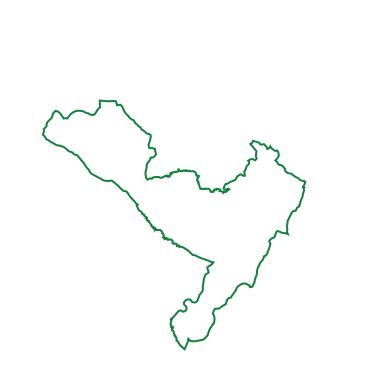 the district of Avrig, Sibiu, Romania, rotated 152°
{"feature_id": "2599482B88876011644537", "entity_name": "Avrig", "entity_type": "district", "adm_level": 2, "iso_a3": "ROU", "parent_name": "Romania", "parent_adm1": "Sibiu", "projection": "natural_earth1", "projection_center": [24.412, 45.689], "detail": "fine", "context": "isolated", "style": "outline", "palette": "green", "viewbox_px": 384, "rotation_deg": 152, "n_neighbors": 0, "source": "geoboundaries", "source_scale": "gbopen_adm2", "svg_char_len": 6027}
<svg xmlns="http://www.w3.org/2000/svg" viewBox="0 0 384 384"><g transform="rotate(152 192 192)"><path d="M296.7,312.7L295.9,310.1L295.7,306.6L294.5,305.3L292.8,301.8L291.9,300.9L289.9,297.4L288.1,295.6L286.9,295.1L284.4,292.2L283.4,290.7L281.7,286.0L278.8,282.7L278.7,280.9L275.9,278.2L275.9,276.3L275.4,275.5L275.1,272.9L274.1,269.5L273.5,262.8L272.8,260.7L272.6,256.6L272.2,255.3L264.3,243.4L262.0,241.7L257.4,239.7L254.2,232.0L253.7,229.7L251.8,224.9L250.2,223.8L249.5,222.7L248.7,216.0L248.1,214.7L248.2,213.6L247.4,212.1L246.6,207.5L245.8,206.5L246.3,206.1L247.2,206.0L247.5,200.9L246.1,198.3L245.8,196.9L246.3,196.0L244.8,194.3L245.4,193.7L245.0,192.4L243.9,190.8L244.2,190.4L244.7,190.3L244.1,189.7L245.0,188.6L245.0,188.1L243.9,186.9L244.1,186.6L243.7,186.3L244.2,185.7L243.5,184.0L243.7,183.0L243.2,181.9L243.9,181.0L243.5,180.2L242.7,179.7L242.8,179.2L242.5,179.0L243.1,178.2L242.8,177.9L242.8,177.4L242.6,177.4L242.8,177.2L242.6,176.8L241.5,176.9L241.4,176.3L241.8,175.9L241.4,176.0L240.7,175.2L241.1,175.1L241.0,174.8L237.9,173.4L237.1,171.1L237.2,169.8L237.7,169.4L237.2,168.4L237.1,167.1L238.9,165.4L238.6,164.5L237.3,164.4L237.0,164.1L237.8,163.8L238.1,163.1L235.3,162.3L235.7,161.0L233.0,160.2L232.1,158.4L232.1,157.9L232.3,157.2L233.0,156.8L233.2,155.8L232.1,154.6L231.4,154.6L230.1,153.7L230.6,151.6L230.0,151.7L229.1,151.2L229.3,150.5L228.5,150.4L228.7,149.2L227.5,148.9L225.9,147.4L223.2,142.6L221.0,136.2L219.0,134.6L215.4,129.7L209.4,123.4L207.1,119.9L206.4,120.4L206.1,120.0L209.0,118.6L212.2,118.6L213.8,118.1L214.2,117.7L215.0,113.2L216.2,112.8L218.0,113.0L219.6,112.2L221.9,110.1L223.3,108.3L226.4,104.1L228.6,100.3L229.6,99.3L233.6,97.6L238.1,93.5L240.2,93.0L241.7,93.2L243.6,94.9L244.1,98.0L246.6,99.3L248.3,99.3L250.9,98.4L251.3,97.6L251.8,96.1L251.1,93.8L251.1,92.7L251.7,91.3L253.3,90.2L255.5,90.2L256.4,90.8L257.0,92.3L257.6,92.8L259.7,93.2L267.7,90.1L270.4,89.7L270.7,89.0L270.0,88.8L270.8,88.3L271.2,87.3L272.8,85.8L273.1,85.0L273.1,84.2L272.8,83.9L273.1,83.1L272.9,82.4L273.1,82.4L272.6,81.9L273.3,81.8L273.0,81.3L273.4,81.3L273.2,80.7L274.2,80.4L274.5,79.2L273.9,78.4L273.9,76.3L274.4,75.6L274.3,74.3L274.7,73.8L274.8,72.9L274.2,72.6L274.4,71.8L274.2,71.1L274.5,70.9L274.7,69.0L275.5,68.1L274.5,66.5L274.9,65.3L274.5,64.5L274.5,62.0L273.7,60.7L273.2,58.8L272.3,56.7L265.8,61.9L264.1,64.1L263.2,61.1L261.4,59.8L258.4,58.4L251.1,56.3L247.3,57.4L245.3,58.3L240.8,62.6L236.3,65.0L235.9,65.6L234.4,65.7L233.1,67.2L231.3,70.1L230.7,71.9L230.6,75.1L228.0,77.3L226.5,78.1L222.9,76.4L218.0,77.1L215.0,77.1L211.1,80.7L208.8,81.0L207.0,80.5L206.0,81.4L199.6,84.5L197.3,86.5L195.8,87.1L192.0,87.5L189.3,87.0L187.2,85.7L186.7,84.4L185.3,82.9L185.0,82.1L185.6,81.3L185.3,80.6L183.2,80.1L182.3,80.4L181.4,81.6L179.6,82.4L177.7,85.1L173.8,88.5L172.7,89.8L171.2,92.4L168.3,95.2L167.7,95.3L165.3,97.3L161.3,99.0L159.1,100.7L158.8,101.4L156.4,101.3L154.5,102.1L153.3,103.7L150.5,105.9L147.1,109.3L146.9,112.2L146.5,112.7L143.8,113.6L141.3,113.3L140.2,113.5L136.9,116.6L135.9,117.3L134.9,117.4L134.1,116.8L131.3,113.4L128.2,111.2L127.1,109.8L127.0,111.7L124.7,115.7L124.2,117.6L122.6,119.1L121.5,121.3L113.4,127.1L112.0,127.6L110.1,127.3L109.6,126.8L108.9,127.0L106.5,128.8L104.4,128.9L102.8,130.5L102.3,130.5L100.0,133.4L96.4,136.2L94.8,138.4L92.2,140.8L91.8,142.8L91.5,143.3L91.2,143.3L91.8,144.1L91.6,144.5L90.8,144.5L90.5,145.2L89.7,145.4L88.1,146.9L88.1,147.3L87.3,147.5L87.6,148.9L89.7,150.4L90.8,151.7L91.9,154.7L93.1,156.0L95.3,160.4L95.4,161.2L98.7,163.9L99.6,166.2L99.7,167.9L99.1,169.0L99.6,172.0L100.6,173.8L102.4,175.2L102.6,176.0L102.8,178.3L103.5,180.8L101.1,181.5L98.3,183.3L97.2,186.2L97.2,188.5L99.1,189.2L99.8,190.1L101.5,193.9L101.4,195.6L103.3,194.5L105.3,194.5L105.0,196.9L106.1,200.6L108.4,201.1L109.5,202.2L109.4,203.5L110.0,204.4L111.8,206.4L114.2,208.4L115.6,207.2L117.9,207.0L115.9,197.8L118.9,193.6L119.1,191.2L121.2,190.3L122.6,192.2L123.5,192.8L125.2,193.4L127.7,193.3L127.4,192.3L127.8,190.9L128.4,190.1L131.9,189.0L133.4,187.3L135.7,185.7L136.4,185.0L137.7,181.6L139.1,182.1L140.0,183.8L141.0,184.9L144.5,184.6L148.1,182.3L153.3,182.9L157.0,182.7L158.8,183.2L161.7,181.1L162.4,180.1L162.4,179.5L162.2,178.7L161.2,178.2L158.6,178.1L157.9,176.9L162.2,176.2L163.2,176.7L164.8,176.5L164.4,177.7L167.2,179.9L166.1,181.0L166.8,181.7L168.9,183.3L169.6,182.6L171.0,183.7L172.8,182.5L172.5,182.3L172.7,182.1L173.7,182.8L174.1,182.5L175.3,183.4L175.2,185.6L175.4,186.6L175.8,187.1L178.9,188.6L178.8,188.8L181.5,189.6L181.9,190.4L183.1,190.8L182.4,195.5L181.8,197.4L182.2,197.2L181.9,200.5L180.5,201.2L180.5,202.0L179.2,202.9L178.7,202.5L178.4,203.1L180.3,204.6L179.6,207.2L180.4,208.8L181.2,209.8L184.2,211.3L185.0,212.6L186.4,212.7L186.8,213.3L187.9,213.6L187.7,214.2L188.4,214.2L189.5,215.1L190.4,214.8L191.1,215.3L191.9,215.3L192.9,216.5L192.9,218.1L193.2,218.4L193.6,218.3L193.8,217.1L194.6,216.6L198.3,217.8L199.0,218.3L199.8,218.1L200.7,218.5L201.5,217.7L202.1,218.7L202.6,218.2L202.7,217.4L204.3,217.2L204.4,216.3L205.3,216.3L206.0,216.6L205.8,217.3L206.3,218.2L206.8,217.8L208.0,218.7L212.5,218.9L213.9,220.1L214.3,220.9L218.0,222.7L219.9,223.1L221.2,222.5L222.4,223.6L225.5,223.8L225.7,226.6L225.0,228.8L223.6,231.6L220.5,234.8L219.7,236.7L219.0,237.5L213.5,240.5L212.5,241.7L210.5,240.9L209.3,240.8L206.0,242.1L205.2,245.8L204.5,247.4L206.2,249.2L208.9,250.6L209.1,251.4L208.1,254.2L204.6,257.5L202.2,260.5L201.8,261.7L202.4,263.1L204.2,264.5L206.0,269.1L207.0,270.3L207.3,273.8L208.4,275.2L208.7,277.2L209.6,279.0L209.8,282.7L211.3,284.6L212.3,286.7L212.6,289.1L213.7,292.5L213.9,296.3L213.6,297.4L213.5,300.6L214.4,302.8L217.4,303.7L216.6,307.6L217.2,308.5L223.9,311.7L230.5,316.0L233.6,309.9L236.0,309.3L241.2,306.4L243.0,306.4L245.2,307.7L246.3,309.8L248.0,311.2L250.8,314.9L252.7,316.3L255.8,317.9L259.5,318.2L262.1,317.8L267.8,315.5L269.2,316.7L270.8,317.1L271.4,322.8L272.6,326.0L274.4,327.7L278.2,326.4L278.7,325.5L281.0,323.4L286.5,321.7L288.5,320.3L289.0,319.1L289.8,318.3L293.3,317.1L294.2,315.1L296.7,312.7Z" fill="none" stroke="#15803d" stroke-width="2"/></g></svg>